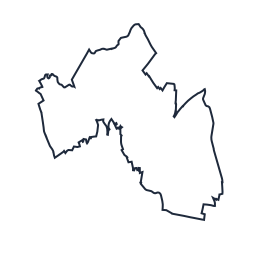 outline of Sint-Michielsgestel, Noord-Brabant, Netherlands, rotated 82°
{"feature_id": "6326949B43570757330374", "entity_name": "Sint-Michielsgestel", "entity_type": "district", "adm_level": 2, "iso_a3": "NLD", "parent_name": "Netherlands", "parent_adm1": "Noord-Brabant", "projection": "natural_earth1", "projection_center": [5.374, 51.651], "detail": "fine", "context": "isolated", "style": "outline", "palette": "slate", "viewbox_px": 256, "rotation_deg": 82, "n_neighbors": 0, "source": "geoboundaries", "source_scale": "gbopen_adm2", "svg_char_len": 5566}
<svg xmlns="http://www.w3.org/2000/svg" viewBox="0 0 256 256"><g transform="rotate(82 128 128)"><path d="M126.1,210.1L135.0,207.8L138.5,206.0L140.2,205.4L140.6,205.3L141.4,205.3L141.4,205.2L143.9,205.1L144.6,205.1L147.3,204.6L144.9,199.8L144.7,199.6L144.6,199.2L142.5,195.2L142.0,194.7L141.8,194.5L142.2,194.3L142.3,194.3L144.1,193.5L142.1,191.5L141.5,190.1L141.5,189.9L142.3,186.4L138.8,184.1L139.8,180.7L139.5,178.2L138.2,178.3L137.4,178.4L135.9,178.8L135.4,178.9L133.6,174.8L135.4,174.6L135.3,174.3L132.7,173.5L133.5,171.2L136.8,171.0L137.5,170.7L137.0,170.2L136.3,169.6L132.0,167.3L132.3,167.0L132.5,166.8L133.0,166.6L133.0,166.2L131.8,166.0L131.8,162.8L131.9,160.7L127.4,158.9L125.1,158.3L120.9,157.2L118.5,157.6L116.4,158.1L115.7,158.4L115.5,157.8L116.0,157.4L116.2,156.1L116.4,156.0L116.1,153.2L116.1,151.2L117.6,151.6L118.3,151.6L120.3,150.7L123.0,149.2L123.7,149.0L126.0,148.7L129.6,149.0L131.6,149.5L131.9,148.9L130.0,148.4L127.7,147.8L126.8,146.5L124.8,147.3L122.6,146.9L121.3,146.5L120.2,146.0L119.1,145.3L118.0,144.4L116.8,143.2L120.7,141.3L120.8,141.4L122.2,141.0L122.3,140.8L121.5,138.9L122.6,138.6L123.4,139.7L123.8,140.4L127.0,139.4L126.4,138.3L126.8,138.2L126.3,137.0L127.4,136.8L127.3,136.6L125.0,135.2L125.4,135.0L125.6,134.9L126.4,133.9L127.5,135.6L128.6,135.8L133.1,136.4L134.4,135.5L134.5,135.4L134.8,135.6L135.1,135.8L135.2,136.0L140.3,136.8L141.6,136.9L142.6,136.9L143.8,136.8L146.9,136.2L148.3,135.9L149.0,137.4L154.2,135.3L156.1,133.3L156.9,132.8L157.2,133.3L162.0,132.3L161.9,129.1L168.6,128.6L170.5,128.9L170.8,127.8L169.5,127.3L169.5,127.2L168.9,127.2L168.7,126.4L168.8,126.0L168.8,124.9L170.9,124.7L170.8,124.2L172.0,123.1L169.1,122.7L169.3,121.9L174.2,122.5L173.7,120.4L173.6,119.8L182.4,122.6L182.6,122.6L183.7,123.3L184.0,122.6L185.2,123.0L190.9,119.5L191.5,118.9L192.0,118.3L193.5,114.4L193.8,113.7L194.3,113.1L195.5,111.9L195.8,111.6L196.1,111.0L196.3,110.6L196.4,109.8L196.0,107.9L196.1,107.0L196.4,106.3L196.7,105.9L197.2,105.5L197.8,105.1L198.5,104.9L199.3,104.7L204.9,104.2L206.5,104.2L208.4,104.2L210.4,104.5L212.0,104.8L213.9,105.2L214.3,103.3L214.7,101.5L218.8,96.2L219.0,96.2L222.8,84.9L225.1,78.6L226.0,75.9L229.6,65.5L224.1,64.0L222.7,67.0L218.9,65.5L214.4,63.9L214.1,63.8L214.9,60.3L215.9,56.8L216.2,56.0L217.0,54.3L217.0,54.2L217.3,53.0L217.1,52.9L217.1,52.7L216.7,52.7L214.7,52.4L213.9,52.4L212.8,52.5L209.0,53.5L211.2,50.7L210.5,50.4L211.7,48.5L206.9,46.7L206.6,46.7L206.3,43.7L204.5,43.3L200.0,42.9L194.7,42.5L194.8,42.0L193.0,41.9L191.9,41.9L190.7,42.0L162.4,46.0L161.1,46.1L160.7,46.0L152.8,46.9L151.1,47.0L148.9,46.8L147.6,46.5L135.7,42.8L135.0,42.7L134.5,42.7L128.9,43.1L120.5,44.1L119.6,44.3L118.7,44.6L118.4,44.9L117.9,45.4L117.6,45.9L117.3,46.8L117.2,47.0L116.7,47.6L116.1,48.0L111.0,49.5L110.1,49.7L109.3,49.6L108.6,49.3L105.1,47.3L104.3,47.0L103.2,46.7L102.2,46.5L101.3,46.5L100.2,46.6L100.4,47.3L101.4,48.5L102.6,51.2L102.9,51.9L103.2,53.0L103.5,54.2L104.2,55.4L105.8,58.8L107.4,61.6L109.4,64.8L111.5,67.6L113.6,70.2L114.2,70.4L114.3,70.6L114.0,70.9L116.5,73.8L117.7,75.0L118.9,76.4L120.5,77.8L121.1,78.2L123.7,80.5L122.8,81.1L122.1,80.5L120.9,79.8L119.6,79.2L117.5,78.5L117.6,78.2L117.3,78.2L111.3,77.1L111.2,77.2L110.6,77.1L110.3,77.1L110.2,77.5L108.7,77.2L107.8,76.9L97.5,75.0L97.1,76.6L95.4,76.2L94.5,76.1L92.6,76.0L91.4,76.0L91.2,76.3L90.7,76.5L89.0,83.3L92.7,86.4L95.6,88.6L92.9,90.1L93.8,91.2L91.6,92.4L92.6,93.6L87.0,96.6L83.2,98.3L79.7,99.8L79.9,100.1L76.4,101.9L77.5,103.2L73.0,105.6L69.8,102.1L67.1,99.2L58.7,91.0L58.1,90.2L57.8,89.7L50.9,93.2L48.3,94.2L42.8,96.0L40.1,97.1L38.3,97.8L36.4,98.2L36.5,98.3L36.4,98.4L36.2,98.3L34.8,98.5L34.7,98.5L33.8,98.7L32.4,99.3L31.1,100.2L30.0,101.3L29.7,101.5L26.6,103.0L26.4,105.7L26.4,106.0L26.6,106.9L27.0,107.6L27.1,107.9L29.5,110.6L30.2,111.1L31.0,111.7L34.0,113.3L34.3,113.6L35.8,114.5L36.3,114.8L36.9,115.6L37.2,116.3L37.4,117.1L37.7,121.7L37.8,122.5L38.0,122.7L40.4,125.2L40.6,125.2L41.4,125.5L43.5,125.6L43.9,125.8L44.5,127.0L45.1,127.7L46.4,128.9L46.7,129.5L46.9,130.4L47.4,133.1L47.1,133.1L47.5,137.8L47.4,138.4L46.2,140.8L46.3,140.9L46.1,141.8L46.0,142.5L46.1,143.0L46.4,144.1L46.6,144.6L47.0,147.6L47.3,149.0L47.7,149.5L48.6,150.1L49.0,150.5L49.4,151.1L49.4,151.6L48.9,153.3L48.4,153.9L47.8,154.3L44.9,155.6L48.9,158.6L72.3,176.9L78.5,175.6L79.7,175.4L79.4,175.8L79.2,176.1L79.2,176.4L79.2,177.3L79.1,177.6L78.9,177.8L77.4,179.4L77.2,179.4L77.0,179.7L76.9,180.1L77.0,180.4L77.1,180.7L78.2,183.1L78.5,183.8L78.9,184.6L79.0,184.9L78.9,185.3L78.8,185.7L78.6,185.8L78.2,186.2L76.1,187.6L75.8,188.0L75.4,189.2L75.0,189.7L74.7,190.0L73.2,190.9L72.7,191.1L71.9,191.2L70.2,191.2L68.5,191.0L68.0,191.1L67.6,191.3L67.2,191.7L66.5,193.0L66.2,193.5L65.5,194.2L64.2,195.1L64.0,195.6L63.9,196.0L64.0,196.2L64.2,196.3L64.9,196.3L65.2,196.7L65.2,196.9L65.0,197.7L65.1,197.9L65.3,198.1L65.6,198.2L66.9,198.4L67.4,198.9L67.7,199.5L67.8,199.7L67.6,200.0L67.1,200.5L66.2,200.8L65.8,200.8L64.8,200.6L63.8,200.1L63.6,201.8L63.7,202.1L63.9,202.4L64.2,202.7L66.4,203.7L66.8,204.0L67.1,204.3L67.4,204.7L67.4,204.9L67.6,206.3L67.8,207.0L68.6,208.6L68.9,209.2L69.0,209.1L69.1,209.3L72.4,208.0L75.1,207.1L75.5,207.1L75.6,208.9L75.8,209.5L76.1,210.2L76.2,210.4L76.2,210.8L76.3,210.8L76.2,211.0L76.3,211.3L76.3,212.0L76.4,212.4L76.6,212.6L77.1,213.0L78.0,214.0L78.3,213.9L78.6,213.5L79.6,212.4L80.8,211.3L80.9,211.2L82.2,209.8L89.0,207.8L91.6,213.3L94.8,212.8L97.7,212.3L100.1,211.7L100.1,211.8L101.3,211.6L110.5,211.5L115.7,211.5L118.3,211.6L119.8,211.6L121.2,211.3L124.5,210.5L124.4,210.4L126.0,210.0L126.1,210.1Z" fill="none" stroke="#1e293b" stroke-width="2"/></g></svg>